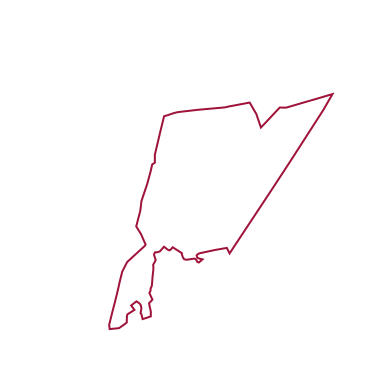 outline of Tijigja, Tagant, Mauritania, rotated 34°
{"feature_id": "47542326B404198781259", "entity_name": "Tijigja", "entity_type": "district", "adm_level": 2, "iso_a3": "MRT", "parent_name": "Mauritania", "parent_adm1": "Tagant", "projection": "equal_earth", "projection_center": [-11.566, 18.518], "detail": "fine", "context": "isolated", "style": "outline", "palette": "rose", "viewbox_px": 384, "rotation_deg": 34, "n_neighbors": 0, "source": "geoboundaries", "source_scale": "gbopen_adm2", "svg_char_len": 1537}
<svg xmlns="http://www.w3.org/2000/svg" viewBox="0 0 384 384"><g transform="rotate(34 192 192)"><path d="M126.5,144.8L131.9,159.5L140.5,182.2L141.9,184.1L144.8,188.5L143.6,191.4L146.2,198.1L150.4,210.5L153.9,223.2L155.2,227.9L155.8,229.0L159.6,236.4L165.0,251.7L173.4,255.5L182.9,261.5L183.0,263.1L179.7,276.7L177.4,286.4L177.7,288.8L178.7,297.1L182.5,307.5L184.3,312.0L186.8,318.5L190.3,328.2L192.7,335.0L195.0,341.3L197.6,348.4L200.4,351.7L206.3,346.8L207.7,345.5L210.2,338.9L210.9,336.7L209.4,334.4L208.2,332.5L207.8,331.8L207.4,331.1L206.9,329.6L210.2,321.9L205.0,320.1L207.1,313.7L209.9,313.7L211.5,313.9L213.0,314.6L215.3,317.0L217.1,321.2L218.7,321.8L222.1,325.0L224.3,322.3L227.4,318.1L226.3,316.6L225.1,314.6L222.7,312.2L220.6,310.3L218.6,308.2L219.4,303.4L215.0,300.7L213.2,299.6L212.7,296.7L211.8,295.6L211.2,292.4L210.0,290.1L206.3,283.6L203.7,278.6L202.2,276.1L200.5,274.1L200.2,270.8L199.9,268.6L198.0,267.2L195.4,265.1L195.1,262.7L197.2,261.1L198.6,259.1L199.4,253.0L204.0,253.4L205.9,253.0L206.6,251.4L206.9,248.6L217.9,248.4L218.5,249.4L221.2,251.4L223.1,252.1L225.4,251.2L231.2,245.9L232.5,245.5L235.6,247.0L237.1,246.6L238.4,242.0L234.1,243.5L232.6,243.1L231.3,242.0L231.5,240.4L232.6,238.5L243.7,227.0L251.5,219.5L252.1,218.9L252.9,219.3L257.5,221.9L256.8,145.3L256.3,110.6L255.0,50.2L253.7,32.3L222.9,69.4L217.5,72.9L213.1,100.0L201.5,91.2L198.8,90.0L189.8,85.6L179.2,96.1L174.9,100.3L171.8,103.6L151.1,120.4L135.7,133.6L133.0,136.5L128.5,142.4L126.5,144.8Z" fill="none" stroke="#9f1239" stroke-width="2"/></g></svg>